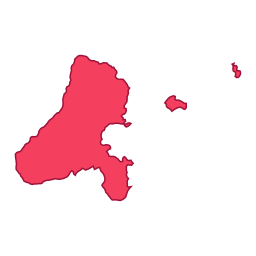 Ilhabela, São Paulo, Brazil (Natural Earth projection)
{"feature_id": "56859067B17407049512119", "entity_name": "Ilhabela", "entity_type": "district", "adm_level": 2, "iso_a3": "BRA", "parent_name": "Brazil", "parent_adm1": "São Paulo", "projection": "natural_earth1", "projection_center": [-45.279, -23.845], "detail": "fine", "context": "isolated", "style": "filled", "palette": "rose", "viewbox_px": 256, "rotation_deg": 0, "n_neighbors": 0, "source": "geoboundaries", "source_scale": "gbopen_adm2", "svg_char_len": 3893}
<svg xmlns="http://www.w3.org/2000/svg" viewBox="0 0 256 256"><path d="M123.7,123.9L124.1,122.3L125.6,121.4L125.2,119.5L123.1,119.7L123.1,117.9L121.4,116.2L122.6,114.4L124.0,114.3L125.5,112.8L126.3,110.6L126.1,108.6L124.3,108.1L124.3,105.7L125.8,103.2L126.8,101.9L127.1,99.5L127.1,96.8L127.8,95.0L128.5,92.8L128.0,90.6L129.6,88.1L128.1,86.9L127.2,84.6L125.7,82.5L124.4,80.9L123.4,79.5L121.4,79.2L119.1,79.4L117.1,78.7L115.4,76.9L115.8,74.5L116.9,72.8L116.5,71.0L115.0,69.5L113.7,67.2L112.1,67.6L111.2,66.2L109.6,65.6L108.1,64.4L106.9,63.0L105.2,62.9L103.5,62.7L101.3,63.7L99.3,63.9L98.0,62.1L95.9,61.6L94.0,60.7L92.1,60.8L90.3,60.3L88.9,59.2L87.9,57.9L86.6,56.7L85.2,56.2L83.6,56.0L81.7,55.5L79.2,55.6L77.7,56.3L76.3,57.8L74.8,59.1L74.6,60.9L74.2,62.5L73.4,64.3L71.9,65.7L71.2,67.7L71.4,69.7L71.3,71.6L70.7,73.5L70.2,75.8L70.1,77.7L70.9,80.0L69.8,82.5L69.6,84.6L68.7,86.0L66.9,86.9L66.1,88.5L66.5,90.6L66.1,92.5L64.3,93.8L63.6,96.3L63.1,98.2L62.9,100.1L63.1,102.3L63.0,104.3L62.8,106.4L61.8,108.6L60.3,110.6L58.9,112.9L57.4,112.8L55.7,114.3L54.1,115.9L52.9,117.6L51.4,118.9L49.8,120.0L48.6,121.3L47.4,123.1L45.7,125.1L44.0,127.0L42.2,127.6L40.6,128.8L39.1,130.8L38.4,134.0L36.9,136.3L34.5,136.8L32.8,136.6L31.4,136.9L30.3,138.1L30.2,140.0L29.4,141.7L27.9,143.2L25.9,144.0L24.8,145.1L23.8,147.0L22.6,148.4L21.6,150.0L20.4,151.5L18.9,151.8L16.8,152.5L15.4,154.2L15.5,156.2L15.7,158.0L16.1,160.5L16.3,162.4L16.5,164.3L16.1,166.6L16.2,169.4L17.8,171.4L18.9,173.1L20.1,174.1L20.7,176.0L21.8,177.1L23.1,179.3L24.2,181.3L25.6,181.8L27.0,182.5L28.5,182.6L30.0,183.8L32.2,184.4L34.5,183.9L37.0,183.9L38.6,183.6L40.2,183.7L41.9,183.3L43.2,181.8L45.1,180.8L47.3,180.2L48.9,180.2L50.4,179.8L52.5,179.5L54.9,178.7L57.1,179.0L59.0,179.3L60.6,179.1L62.2,178.7L63.6,178.5L65.3,177.6L67.3,176.7L69.1,174.5L70.2,172.2L71.6,170.9L73.2,171.6L73.6,173.8L75.3,175.3L76.0,173.5L77.1,172.2L78.8,171.0L80.8,169.9L82.3,168.3L84.2,169.2L85.7,170.0L88.3,169.0L90.7,167.7L93.2,166.2L94.5,169.4L96.1,168.7L97.8,167.7L99.7,167.5L100.5,170.1L101.3,171.6L102.7,172.9L103.8,174.7L104.6,176.9L105.0,179.0L104.6,181.0L103.9,182.6L102.8,183.7L101.9,185.3L103.2,187.3L104.6,188.8L105.4,190.9L105.9,192.5L107.4,193.8L108.6,195.7L109.8,197.2L110.9,198.7L112.2,199.9L114.3,199.9L116.0,199.8L117.6,200.1L120.2,200.5L122.7,199.5L124.6,198.1L125.8,196.9L126.6,194.1L127.5,191.3L129.1,188.8L131.0,186.7L128.6,187.1L127.2,186.3L127.4,184.4L127.2,182.6L127.3,180.6L128.5,178.6L126.9,176.8L126.4,174.6L127.1,172.3L126.4,170.6L126.4,168.7L126.4,166.3L127.6,164.8L129.3,165.0L131.6,165.2L133.2,163.3L131.9,162.0L130.9,160.2L129.0,160.6L127.5,160.2L125.9,158.1L124.6,156.7L123.3,157.3L122.6,159.1L122.6,161.5L120.4,161.7L118.9,160.2L117.9,158.8L116.5,158.0L115.0,156.8L113.2,156.4L111.1,156.5L109.0,156.0L108.0,153.4L106.6,151.5L107.8,150.4L109.0,149.2L110.5,148.8L110.4,146.6L109.0,145.2L107.5,144.9L106.1,144.7L104.3,145.2L102.5,145.2L100.6,143.8L100.6,140.9L102.1,139.2L101.2,137.4L101.1,134.9L101.6,132.8L102.5,131.1L104.3,130.2L105.2,127.4L107.3,125.9L108.8,124.3L110.5,123.6L112.2,123.9L114.5,123.4L117.4,123.2L119.3,123.5L121.3,123.9L123.7,123.9ZM174.9,99.3L175.3,96.5L173.6,95.8L171.9,96.3L170.1,97.0L168.4,98.3L167.3,99.7L166.1,101.1L164.8,102.9L166.1,104.0L166.6,106.7L167.7,107.8L169.4,108.6L171.0,109.9L171.9,111.3L173.6,110.0L174.9,109.1L176.6,108.3L178.1,107.4L179.9,107.3L181.9,107.7L183.3,108.9L184.8,109.4L186.2,107.8L186.3,105.6L186.2,103.4L183.8,103.1L182.5,102.0L180.6,101.0L178.6,100.1L176.5,100.2L174.9,99.3ZM233.2,65.9L232.9,69.1L233.4,71.1L235.1,71.9L235.8,73.8L235.2,76.5L236.7,77.6L238.7,77.1L240.0,75.2L240.6,73.4L240.2,71.2L238.7,70.7L236.8,70.7L236.8,68.8L237.2,67.0L236.0,65.6L233.2,65.9ZM123.7,123.9L124.9,125.9L126.1,126.9L127.5,126.6L129.5,125.2L131.0,123.5L129.3,122.9L127.6,123.2L126.1,124.1L123.7,123.9ZM233.2,65.9L234.0,63.4L232.1,64.2L233.2,65.9Z" fill="#f43f5e" stroke="#9f1239" stroke-width="1.5"/></svg>